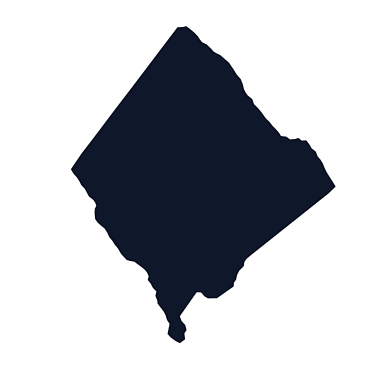 Itapitanga, Bahia, Brazil (Natural Earth projection), rotated 127°
{"feature_id": "56859067B28252352486824", "entity_name": "Itapitanga", "entity_type": "district", "adm_level": 2, "iso_a3": "BRA", "parent_name": "Brazil", "parent_adm1": "Bahia", "projection": "natural_earth1", "projection_center": [-39.607, -14.466], "detail": "fine", "context": "isolated", "style": "filled", "palette": "ink", "viewbox_px": 384, "rotation_deg": 127, "n_neighbors": 0, "source": "geoboundaries", "source_scale": "gbopen_adm2", "svg_char_len": 1651}
<svg xmlns="http://www.w3.org/2000/svg" viewBox="0 0 384 384"><g transform="rotate(127 192 192)"><path d="M101.7,81.4L99.5,87.0L97.2,93.2L95.6,97.2L93.5,101.2L91.3,104.8L89.6,109.0L88.7,113.3L86.0,117.7L85.9,122.9L84.2,126.9L82.8,131.6L85.8,135.2L85.5,139.1L88.2,141.0L91.8,145.1L91.8,149.8L94.6,154.5L93.1,158.3L92.2,162.4L91.4,167.7L90.1,172.6L89.6,176.9L88.7,180.2L87.4,184.2L86.1,189.6L85.3,195.6L82.3,200.0L82.1,205.9L81.1,209.1L79.2,212.9L76.1,216.6L73.2,221.4L72.0,227.2L69.6,233.4L68.3,237.3L67.2,240.4L66.9,245.3L66.4,251.4L67.3,256.3L67.6,259.6L66.8,263.0L66.1,269.0L67.1,274.1L66.1,277.9L64.9,281.0L64.1,285.8L63.8,291.4L63.8,296.1L66.4,298.1L69.5,302.0L103.5,302.1L147.5,302.2L169.3,302.4L191.7,302.4L207.3,302.4L227.7,302.6L246.2,301.7L248.0,297.3L248.9,292.5L250.6,287.9L252.4,284.3L253.2,279.3L256.8,271.6L257.0,265.8L258.1,262.5L260.2,259.3L263.4,258.9L266.3,257.0L268.7,255.0L271.2,252.7L272.4,249.1L272.8,244.7L273.0,239.6L274.6,235.3L277.2,230.4L278.2,225.9L279.8,221.8L280.9,217.0L283.4,211.2L284.2,206.9L284.8,203.3L283.4,199.8L281.6,196.3L281.6,191.5L281.5,186.7L281.8,182.4L282.7,179.1L284.9,175.2L288.3,173.9L289.2,169.9L291.4,165.2L292.1,160.1L296.5,158.1L298.9,154.0L301.2,151.9L302.6,146.8L303.8,142.4L305.6,138.6L308.5,134.7L310.2,130.0L319.4,125.6L320.2,121.3L320.2,116.5L319.4,111.3L314.0,109.7L309.8,113.8L305.9,114.0L303.0,117.7L302.0,123.1L299.0,127.7L268.8,128.7L265.9,124.4L267.1,119.3L266.6,115.5L263.9,112.1L261.4,108.8L242.4,102.7L239.5,104.7L235.6,104.8L231.4,106.8L226.5,107.7L220.2,106.8L216.6,108.8L212.5,109.0L207.7,107.9L111.0,82.9L101.7,81.4Z" fill="#0f172a" stroke="#020617" stroke-width="1.5"/></g></svg>